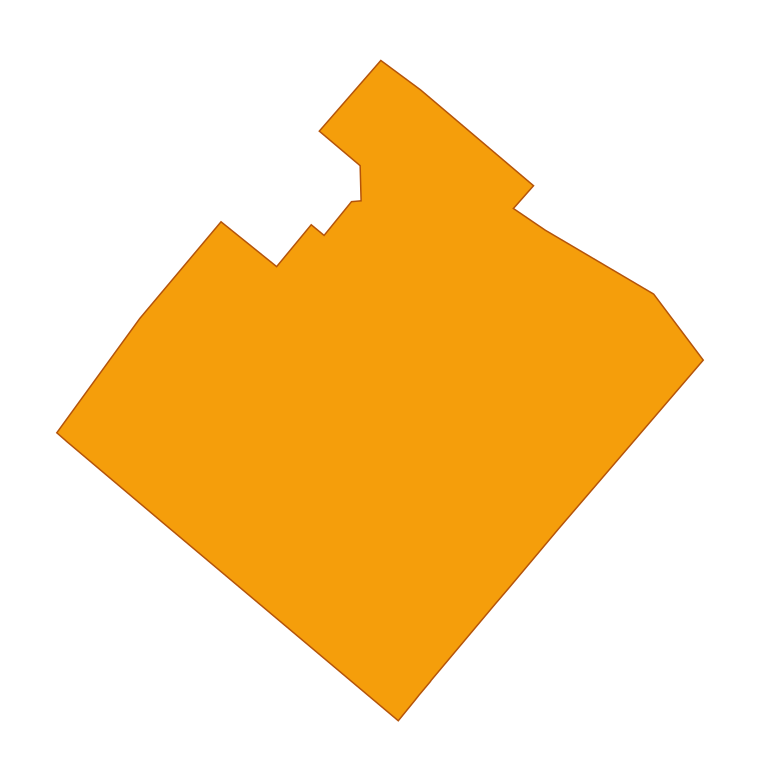 the district of Chemung, New York, United States of America, rotated 310°
{"feature_id": "52423323B68121870797656", "entity_name": "Chemung", "entity_type": "district", "adm_level": 2, "iso_a3": "USA", "parent_name": "United States of America", "parent_adm1": "New York", "projection": "mercator", "projection_center": [-76.753, 42.147], "detail": "fine", "context": "isolated", "style": "filled", "palette": "amber", "viewbox_px": 768, "rotation_deg": 310, "n_neighbors": 0, "source": "geoboundaries", "source_scale": "gbopen_adm2", "svg_char_len": 543}
<svg xmlns="http://www.w3.org/2000/svg" viewBox="0 0 768 768"><g transform="rotate(310 384 384)"><path d="M136.0,178.7L135.6,302.7L135.2,611.4L162.0,611.0L168.3,610.8L179.9,610.8L185.9,610.8L187.2,610.6L286.4,610.6L308.6,610.8L385.3,610.8L514.4,612.2L607.0,613.2L607.5,613.2L626.2,532.8L605.5,408.8L601.6,370.3L632.0,371.1L632.8,223.2L629.8,173.6L536.1,171.9L535.9,225.4L509.6,248.7L502.8,241.9L459.3,242.6L459.2,225.9L404.9,226.3L403.5,154.9L277.3,154.8L136.3,164.7L136.0,178.7Z" fill="#f59e0b" stroke="#b45309" stroke-width="1.5"/></g></svg>